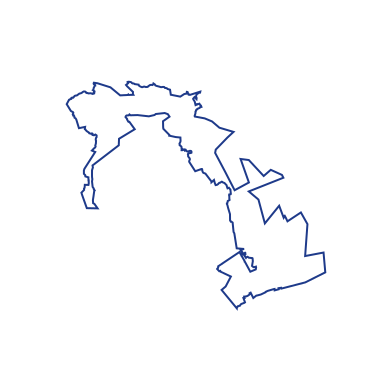 Ciudad Fernández, San Luis Potosí, Mexico, rotated 41°
{"feature_id": "50627088B46158390709615", "entity_name": "Ciudad Fernández", "entity_type": "district", "adm_level": 2, "iso_a3": "MEX", "parent_name": "Mexico", "parent_adm1": "San Luis Potosí", "projection": "orthographic", "projection_center": [-100.29, 21.991], "detail": "fine", "context": "isolated", "style": "outline", "palette": "blue", "viewbox_px": 384, "rotation_deg": 41, "n_neighbors": 0, "source": "geoboundaries", "source_scale": "gbopen_adm2", "svg_char_len": 5941}
<svg xmlns="http://www.w3.org/2000/svg" viewBox="0 0 384 384"><g transform="rotate(41 192 192)"><path d="M39.8,207.9L47.4,210.3L48.6,210.1L49.7,209.8L50.5,210.1L51.0,211.6L52.2,212.2L52.5,211.7L53.6,212.1L54.5,213.0L55.9,212.8L57.1,213.2L64.8,218.0L68.6,213.0L69.5,214.5L69.9,214.9L70.5,214.7L71.2,215.0L72.8,215.1L75.0,214.8L75.4,214.8L75.9,215.1L77.4,214.4L77.6,213.9L78.3,213.3L78.7,213.3L78.9,213.9L79.1,214.2L79.5,214.2L80.8,213.5L81.0,212.9L81.4,212.0L82.9,211.9L84.0,213.2L84.1,214.2L84.7,215.3L85.4,216.0L86.0,216.3L86.2,216.6L87.6,218.4L88.6,220.5L89.3,220.8L89.7,221.9L89.4,223.4L89.3,226.4L92.7,225.3L95.6,245.1L96.3,246.7L98.5,249.2L100.3,249.3L101.3,250.2L104.2,248.9L105.2,250.1L105.6,250.3L106.3,251.2L106.5,251.1L108.4,253.2L109.2,254.6L106.4,256.9L108.2,259.3L108.2,260.2L109.2,261.2L109.0,265.1L111.5,266.6L123.2,273.2L131.5,266.3L126.2,265.0L124.7,265.3L122.5,263.1L120.5,259.9L117.3,255.0L117.0,254.8L117.2,254.6L116.0,254.1L115.9,254.2L115.2,253.7L113.8,253.4L113.4,253.1L109.6,249.6L108.3,247.6L107.3,246.8L106.1,245.6L102.3,241.2L101.1,238.5L99.5,237.2L106.1,204.8L102.0,199.7L107.6,182.2L99.0,180.2L99.0,180.4L97.7,180.7L95.3,179.8L95.0,179.4L92.7,179.1L92.5,178.8L92.3,178.1L92.4,177.2L94.0,175.6L93.9,174.5L95.3,174.4L100.4,169.7L109.8,163.2L113.2,158.5L113.5,156.9L119.6,150.3L122.7,149.1L125.6,149.9L123.7,157.6L127.7,162.0L128.9,163.1L137.7,163.8L137.9,164.4L143.7,161.2L147.5,158.5L149.8,160.9L150.3,161.7L150.8,163.7L151.5,164.2L151.8,164.7L152.5,164.8L152.9,164.6L154.4,164.8L154.8,165.1L155.3,165.8L155.8,166.0L156.4,165.9L156.7,166.1L156.8,166.7L156.6,167.2L156.7,167.3L157.3,166.8L157.8,166.0L157.9,165.2L158.6,164.6L159.3,164.3L159.5,164.6L159.4,165.4L159.6,165.5L160.3,164.5L161.6,164.6L162.2,164.4L163.4,162.3L164.3,161.7L164.7,161.7L165.4,162.1L165.8,162.8L165.3,163.6L164.6,164.3L164.4,164.6L164.0,165.8L164.1,166.2L164.9,166.7L165.5,167.5L166.9,168.0L167.4,167.9L168.6,168.4L169.0,168.8L169.5,170.3L170.0,171.0L170.8,171.3L180.8,174.2L183.6,169.2L183.8,169.2L184.0,168.5L184.5,168.1L184.8,168.2L185.5,168.9L186.6,169.7L187.9,170.1L190.1,169.3L199.7,171.3L200.3,171.9L200.7,168.5L203.2,170.2L205.3,171.3L206.1,170.3L206.5,169.0L206.5,167.7L206.6,167.1L207.1,166.6L207.3,166.1L207.6,164.8L208.1,164.5L209.1,164.5L210.6,163.9L213.7,164.2L214.9,165.1L216.4,165.9L217.0,164.6L219.4,165.0L222.6,168.0L222.6,168.5L221.7,169.4L222.0,170.0L223.2,171.0L224.6,172.6L225.1,172.9L225.6,173.5L224.9,175.3L226.0,177.3L225.8,177.7L226.1,178.1L227.4,178.7L229.5,180.2L235.2,183.8L239.4,188.5L240.5,188.8L240.5,188.6L242.7,188.4L249.6,194.9L251.0,195.4L251.5,195.8L262.7,205.2L268.7,200.8L267.5,202.5L266.8,203.9L268.6,204.5L268.7,204.3L269.7,204.9L269.7,204.5L270.1,204.6L269.9,205.2L270.1,205.8L270.4,206.0L270.7,204.8L271.0,204.9L270.5,206.8L270.8,207.1L271.9,203.0L272.2,203.0L273.3,204.1L272.9,205.5L275.9,206.3L275.8,205.6L276.5,204.4L278.0,204.3L280.9,202.3L281.2,202.3L283.3,204.3L285.8,208.4L287.4,208.4L288.0,208.2L289.2,206.4L289.5,206.7L289.9,206.9L290.9,208.6L288.3,213.9L277.6,209.9L277.4,210.0L277.2,209.8L276.4,209.4L267.2,206.2L260.5,230.9L261.3,231.8L261.4,233.1L261.6,233.1L261.6,233.6L264.5,233.9L265.1,233.0L265.8,233.4L276.8,230.3L279.4,241.2L278.6,246.5L302.1,250.4L301.8,250.0L301.8,249.7L301.5,249.5L301.6,249.1L301.5,248.9L301.5,248.2L301.9,247.9L302.1,247.2L302.7,246.6L302.6,246.4L302.6,244.3L304.2,241.3L304.4,240.5L300.4,238.3L301.2,237.5L300.0,236.7L301.5,235.1L302.2,233.6L302.5,232.3L302.7,231.0L301.9,230.6L302.3,229.5L307.8,231.8L308.5,228.0L309.1,227.3L311.2,224.2L313.3,219.4L313.1,219.0L314.0,217.0L317.5,211.5L317.9,211.0L318.9,212.0L321.3,208.5L320.4,207.8L322.1,205.8L322.8,206.3L336.8,185.9L345.3,165.2L331.0,151.4L319.4,166.1L300.2,140.5L287.6,136.0L283.3,151.5L279.7,149.9L277.5,149.1L277.3,149.6L277.9,150.1L278.1,151.3L266.8,145.2L267.6,167.9L247.1,154.1L234.5,154.3L251.6,121.3L248.7,120.1L236.9,123.6L235.6,132.9L213.9,130.6L207.0,135.2L228.7,147.5L223.0,162.7L203.5,154.9L183.8,147.3L182.1,144.4L183.0,127.7L183.9,119.4L170.5,125.5L160.8,125.6L153.3,128.1L144.6,133.2L144.1,132.9L143.0,130.4L141.9,129.0L142.0,128.7L141.5,127.9L141.3,127.0L141.7,126.3L141.5,126.1L141.5,125.7L142.6,123.5L142.4,122.9L143.3,121.6L142.0,120.9L141.2,121.0L139.6,120.5L138.5,122.6L138.1,122.4L137.7,123.0L138.1,123.3L137.7,124.1L134.6,121.9L132.5,121.3L131.8,121.0L131.6,120.7L131.8,120.0L131.6,119.4L131.7,118.5L134.0,118.7L134.2,119.0L134.5,119.0L133.9,118.1L133.4,117.8L132.9,117.9L132.5,117.5L131.4,115.4L132.2,112.4L132.9,111.7L132.4,110.8L126.7,120.1L126.0,120.1L125.5,120.4L125.4,120.7L123.9,120.0L123.4,119.5L123.0,119.5L122.4,119.8L122.5,120.1L123.8,120.8L121.9,123.1L120.6,127.7L112.2,132.5L108.3,129.2L105.9,130.3L105.1,130.2L104.3,130.5L103.3,131.2L102.3,131.0L101.7,131.3L100.7,132.2L100.3,132.8L99.7,133.3L98.5,133.8L95.4,135.3L94.3,135.6L93.5,135.2L91.7,135.4L92.0,136.1L92.1,136.8L91.9,137.3L91.0,137.8L90.2,138.7L89.6,140.8L89.6,141.7L88.4,143.0L86.9,143.7L86.2,144.5L86.0,145.1L85.5,145.7L84.1,146.2L82.8,146.5L81.8,146.4L81.3,146.0L77.9,148.2L77.3,148.2L76.5,148.5L76.0,149.0L75.3,149.2L74.4,149.0L73.7,149.2L72.0,150.2L71.3,151.0L71.2,151.3L72.4,151.8L72.0,154.5L73.8,154.8L81.8,155.2L83.0,156.7L84.0,157.1L80.3,160.5L79.9,160.3L79.7,161.1L74.4,166.2L61.8,166.5L49.4,171.9L45.6,174.3L46.7,174.2L46.9,174.4L47.0,174.9L47.3,175.0L48.8,174.8L49.1,175.1L48.8,175.4L49.5,177.6L49.5,177.9L50.5,179.5L50.4,180.1L51.3,180.0L52.1,180.1L52.0,180.4L52.1,180.5L52.3,180.2L52.4,180.3L52.8,180.6L52.9,181.3L53.2,181.4L53.5,181.8L53.4,182.0L52.9,182.8L52.7,182.9L52.8,182.4L52.6,182.5L52.0,183.2L52.1,183.4L50.8,183.9L49.1,185.6L48.4,185.7L48.0,186.1L47.7,186.1L47.3,186.3L47.2,186.5L46.7,186.5L46.1,186.2L45.5,186.3L44.4,187.1L43.9,188.3L43.8,189.3L43.4,190.3L42.4,191.7L41.8,194.5L41.1,195.5L40.7,195.8L40.4,196.6L40.5,198.6L40.4,198.9L39.6,199.3L39.3,200.3L39.8,200.7L39.8,201.0L39.1,201.9L39.0,202.8L38.7,203.1L39.8,207.9Z" fill="none" stroke="#1e3a8a" stroke-width="2"/></g></svg>